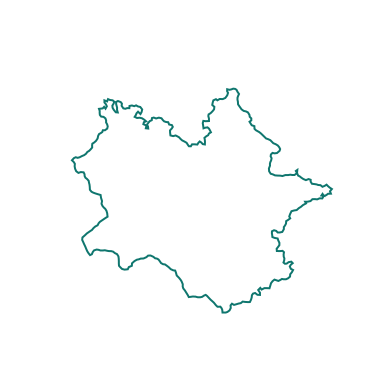 outline of Andrelândia, Minas Gerais, Brazil, rotated 58°
{"feature_id": "56859067B65211314111739", "entity_name": "Andrelândia", "entity_type": "district", "adm_level": 2, "iso_a3": "BRA", "parent_name": "Brazil", "parent_adm1": "Minas Gerais", "projection": "orthographic", "projection_center": [-44.286, -21.735], "detail": "fine", "context": "isolated", "style": "outline", "palette": "teal", "viewbox_px": 384, "rotation_deg": 58, "n_neighbors": 0, "source": "geoboundaries", "source_scale": "gbopen_adm2", "svg_char_len": 5989}
<svg xmlns="http://www.w3.org/2000/svg" viewBox="0 0 384 384"><g transform="rotate(58 192 192)"><path d="M265.1,82.3L265.8,80.0L265.6,77.5L267.0,75.1L264.5,74.6L263.6,71.8L261.2,72.9L259.0,73.6L257.1,74.0L257.1,76.3L256.7,78.6L254.3,79.4L252.9,81.3L251.6,82.3L250.3,83.8L248.6,85.9L246.1,85.9L244.5,84.9L242.8,86.3L242.3,89.1L240.0,90.7L237.8,91.7L236.0,92.3L234.3,93.3L231.6,92.9L231.9,96.1L230.6,98.1L229.4,99.5L228.6,101.5L227.1,103.9L226.4,106.8L224.9,108.5L223.5,110.6L221.9,112.8L219.9,114.1L218.2,115.6L215.3,115.6L212.8,114.3L211.0,111.9L209.4,111.0L208.2,109.8L207.2,108.2L205.5,106.6L203.4,106.4L202.0,105.2L201.5,103.0L202.9,101.6L204.0,99.3L203.5,95.9L202.3,94.5L200.2,94.3L198.0,94.6L195.8,95.7L193.7,97.2L189.6,98.1L187.3,99.6L185.9,100.8L183.8,101.3L180.5,102.1L178.6,102.6L176.7,103.3L174.9,104.3L173.4,105.1L171.5,105.5L169.2,104.2L167.0,106.0L164.9,106.0L162.9,106.0L162.7,103.8L161.0,102.7L158.8,103.2L157.0,102.4L154.1,102.4L152.3,103.5L150.6,105.2L148.1,106.2L146.1,106.3L144.3,106.4L142.1,106.5L139.7,105.2L137.8,104.5L136.1,103.4L134.9,101.9L133.8,100.2L131.2,100.3L128.9,100.1L127.4,100.8L126.2,102.3L125.8,104.4L125.1,106.2L123.5,107.7L125.1,108.8L127.0,108.9L128.7,110.9L129.9,113.9L129.5,116.7L127.8,119.2L127.7,121.9L126.0,122.5L125.6,125.3L127.0,126.9L128.9,128.7L131.6,127.9L133.6,129.5L134.4,131.8L135.0,134.4L135.0,136.8L136.2,137.9L138.7,138.7L140.8,140.0L139.2,142.9L137.7,144.7L139.3,146.4L141.7,147.4L144.1,148.5L144.5,146.7L145.4,144.6L147.3,144.0L149.1,144.1L151.4,144.3L151.4,146.7L152.4,148.2L152.3,150.3L152.7,152.8L154.4,153.4L156.3,154.4L158.5,155.9L157.1,157.5L154.9,157.9L153.2,158.7L153.7,160.6L154.6,162.3L152.9,164.6L151.6,166.7L152.6,168.8L151.5,170.4L149.7,170.5L147.4,170.5L145.3,171.6L143.0,173.0L140.9,173.6L138.7,174.0L136.9,175.0L135.4,175.9L134.6,178.4L132.6,180.3L130.2,179.2L128.1,178.0L127.4,175.4L126.6,173.8L124.6,173.6L122.7,175.6L120.2,175.2L118.9,176.9L117.3,178.2L115.5,178.6L113.3,178.8L111.4,180.7L110.6,183.5L108.6,185.0L108.1,186.8L109.8,188.1L109.5,190.2L110.2,192.5L111.5,195.4L108.7,197.3L107.3,195.8L107.7,193.5L105.4,194.2L103.0,195.3L101.3,197.0L100.1,199.4L97.9,200.8L97.0,198.9L95.9,197.4L95.3,195.2L98.6,194.4L97.5,192.4L95.6,190.5L92.5,190.8L90.8,192.5L88.9,193.5L88.6,195.5L86.8,197.1L85.9,199.4L87.7,200.7L86.5,202.5L86.1,204.4L84.7,205.9L81.6,206.0L79.9,204.6L78.0,204.8L75.6,206.6L75.4,208.7L77.4,209.8L80.7,210.8L82.7,212.1L85.2,212.8L84.0,214.4L80.7,214.8L78.5,214.7L76.6,213.8L75.4,211.5L74.2,210.1L72.2,210.7L70.5,212.8L68.7,214.0L70.2,216.0L67.9,217.7L69.7,218.8L72.0,218.5L74.2,218.8L75.5,221.2L73.2,221.4L73.8,223.4L72.2,226.8L74.3,227.3L76.0,228.4L77.8,229.3L79.9,229.1L81.4,227.2L83.7,226.4L85.8,226.9L87.5,228.0L89.6,228.1L91.7,228.7L93.3,230.3L93.5,233.1L92.4,234.9L93.6,236.3L93.7,238.1L93.6,240.1L94.7,241.9L96.6,243.7L97.8,246.4L98.2,248.9L98.2,250.9L99.5,252.0L101.4,253.1L102.1,255.3L102.6,257.4L102.6,259.6L103.4,261.6L103.6,263.9L103.2,266.3L103.0,268.9L102.4,270.9L100.9,272.2L100.7,274.2L101.5,277.0L103.9,276.4L106.0,276.4L108.0,277.9L110.3,278.8L113.0,279.2L115.6,278.2L116.2,275.7L117.9,273.5L119.9,273.7L121.6,274.6L123.4,274.8L125.4,274.1L127.7,273.7L129.5,274.4L131.4,275.0L133.5,276.0L136.0,277.4L138.5,277.1L140.2,276.1L142.0,274.7L144.1,272.9L146.1,271.1L148.6,272.2L152.0,273.1L154.1,275.0L156.5,275.3L158.6,275.0L160.2,274.5L162.6,274.5L165.1,275.2L168.2,276.7L168.2,279.2L168.3,281.5L168.4,284.0L168.5,286.0L169.0,287.7L170.2,289.7L170.0,292.3L170.4,294.7L171.2,297.0L171.2,298.9L171.3,300.8L171.4,303.0L172.0,305.9L172.5,309.0L174.4,310.5L176.9,310.8L178.9,311.1L181.6,311.4L184.5,311.9L186.7,312.2L189.0,312.2L191.5,311.9L191.7,309.9L190.3,307.9L189.6,306.0L190.3,303.3L191.6,301.8L193.1,300.6L194.3,298.7L195.2,296.8L196.7,295.3L198.0,293.9L199.3,291.9L200.8,290.5L202.9,289.8L205.0,288.5L207.6,288.5L209.6,289.4L211.9,290.7L214.0,292.0L215.9,293.0L217.7,292.7L220.2,292.1L222.1,290.3L223.5,287.4L222.2,285.4L222.7,282.1L220.7,280.7L220.1,277.4L220.2,274.6L220.9,272.8L221.3,270.8L222.7,268.3L223.1,265.2L222.7,262.9L223.9,260.8L226.5,259.1L228.7,258.4L229.8,257.1L231.4,256.2L233.4,256.0L235.9,255.9L237.9,254.8L239.1,253.3L241.0,252.5L243.4,251.6L246.2,250.9L248.5,249.4L249.7,247.9L251.7,248.3L254.7,249.2L257.8,248.5L260.4,248.2L262.3,248.2L265.3,248.7L267.3,250.0L269.2,250.5L271.6,250.2L274.6,250.2L277.0,250.2L279.4,250.4L280.2,248.7L281.0,246.8L282.5,244.6L284.4,242.8L285.7,240.7L286.3,238.9L286.2,236.7L286.5,234.9L288.1,234.3L290.8,233.8L293.2,233.3L294.9,232.8L297.4,232.1L300.8,231.7L302.8,231.2L304.3,228.7L306.3,228.5L308.0,228.8L310.4,230.0L312.1,227.3L312.5,225.5L312.3,222.9L310.9,220.6L308.6,219.4L307.9,217.3L310.0,216.2L310.6,214.2L311.3,211.6L312.1,209.5L311.8,207.1L313.3,205.3L315.1,202.8L316.0,201.2L314.6,199.0L313.0,197.2L311.3,195.9L310.5,194.1L311.1,192.0L313.8,191.0L315.3,188.9L313.4,187.7L310.2,187.8L309.5,184.9L311.6,184.7L311.9,181.5L313.3,179.3L314.7,177.3L312.8,175.1L311.2,173.3L310.3,170.9L310.0,168.5L311.7,167.1L313.2,165.9L313.4,163.6L313.4,161.8L314.6,160.5L315.8,158.6L316.1,156.3L315.7,153.7L313.8,152.3L313.0,149.9L311.7,147.6L309.5,148.9L306.9,148.5L306.0,146.6L305.7,144.3L303.7,144.7L302.7,147.2L302.9,149.6L302.1,151.2L300.3,151.8L298.8,150.0L297.2,148.8L295.5,148.5L293.5,147.4L291.8,145.9L289.9,146.4L288.8,148.6L287.0,151.3L285.0,150.3L284.3,148.4L283.4,146.1L281.4,144.8L278.7,144.5L276.8,144.0L274.8,146.2L272.8,147.7L271.0,146.8L269.3,146.1L267.7,145.0L267.9,142.7L269.6,141.2L271.7,140.8L272.8,139.1L273.7,136.6L272.2,133.8L270.4,132.7L269.7,130.9L268.6,129.0L266.6,127.6L266.6,125.4L266.4,122.7L264.3,122.5L262.7,120.5L261.0,117.8L261.8,115.1L262.8,112.8L262.3,110.0L262.3,107.5L261.9,104.8L262.1,101.3L260.2,101.2L261.4,99.3L262.5,96.3L261.9,93.7L263.2,91.5L264.6,89.7L265.0,87.1L266.5,84.9L265.1,82.3ZM111.5,195.4L112.9,194.5L115.0,195.5L113.5,197.4L111.5,195.4ZM265.1,82.3L263.6,84.1L262.8,82.3L265.1,82.3ZM231.6,92.9L229.1,91.0L229.2,92.8L231.6,92.9Z" fill="none" stroke="#0f766e" stroke-width="2"/></g></svg>